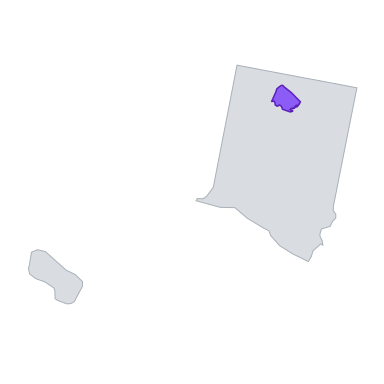 Mongomoyen, Wele-Nzás, Equatorial Guinea (highlighted), rotated 281°
{"feature_id": "11065452B2915005607236", "entity_name": "Mongomoyen", "entity_type": "district", "adm_level": 2, "iso_a3": "GNQ", "parent_name": "Equatorial Guinea", "parent_adm1": "Wele-Nzás", "projection": "robinson", "projection_center": [11.002, 1.641], "detail": "fine", "context": "in_parent", "style": "filled", "palette": "violet", "viewbox_px": 384, "rotation_deg": 281, "n_neighbors": 0, "source": "geoboundaries", "source_scale": "gbopen_adm2", "svg_char_len": 2671}
<svg xmlns="http://www.w3.org/2000/svg" viewBox="0 0 384 384"><g transform="rotate(281 192 192)"><path d="M325.1,212.0L325.2,236.2L325.3,256.7L325.4,278.8L325.6,301.8L325.7,321.4L325.7,334.0L306.8,333.9L281.8,333.8L256.7,333.7L231.6,333.6L219.0,333.6L205.2,333.5L200.7,334.2L197.6,337.4L193.9,338.1L189.7,335.4L184.5,334.1L183.1,331.3L180.5,326.2L175.3,325.6L172.7,326.2L169.0,329.1L164.8,330.6L165.6,328.3L157.3,322.0L151.4,321.4L145.9,319.4L150.4,303.0L155.9,288.5L164.2,277.5L168.6,274.9L170.1,269.5L176.6,251.6L184.8,237.1L182.3,222.4L184.2,197.7L186.6,198.4L186.9,200.7L187.5,204.2L190.6,207.2L200.7,212.0L230.9,212.0L248.9,212.0L275.5,212.0L303.7,212.0L325.1,212.0ZM86.1,45.9L88.4,46.3L102.2,45.9L105.9,51.4L105.5,59.5L91.3,83.3L88.6,93.3L83.1,101.7L78.4,102.4L62.0,97.4L59.3,94.4L58.3,90.4L59.9,80.9L61.1,78.0L68.9,76.2L71.5,74.7L75.7,64.5L77.1,55.2L80.6,48.2L86.1,45.9Z" fill="#d9dde1" stroke="#a8b0b8" stroke-width="1"/><path d="M296.2,252.9L296.1,253.0L296.9,255.3L296.5,255.5L296.0,255.8L295.0,256.6L293.3,257.1L293.0,258.2L292.5,258.8L292.6,259.0L292.7,259.7L293.2,260.4L293.4,260.7L294.1,261.0L294.0,261.6L293.9,262.1L293.6,262.6L293.2,263.2L292.8,263.6L292.3,264.0L291.7,264.3L291.3,264.6L290.7,264.9L290.5,265.1L289.3,273.1L289.5,273.3L289.6,273.5L289.8,273.5L290.0,273.5L290.2,273.8L290.0,274.0L289.9,274.0L289.9,274.5L290.0,274.6L290.1,274.8L290.3,275.0L290.4,275.3L290.5,275.3L290.8,275.3L291.0,275.1L291.3,275.0L291.3,274.9L291.4,274.6L291.4,274.3L291.4,274.0L291.4,273.9L291.4,273.7L291.5,273.5L291.7,273.3L291.7,273.2L291.7,272.8L291.8,272.9L291.9,273.0L292.1,273.1L292.5,273.3L292.8,273.2L292.9,273.3L293.0,273.6L293.2,273.9L293.3,274.1L293.3,274.7L293.3,274.9L293.3,275.0L293.5,275.2L293.4,275.4L293.3,275.5L293.5,275.8L293.7,276.0L293.8,276.0L293.7,276.2L293.7,276.3L293.7,276.5L293.8,276.6L294.2,276.6L294.3,276.5L294.3,276.4L294.5,276.4L294.7,276.5L294.8,276.6L295.0,276.9L295.1,277.0L295.0,277.3L295.2,277.6L295.2,277.8L295.3,277.9L295.6,278.0L296.0,277.8L296.2,277.6L296.3,277.5L296.3,277.3L296.3,277.2L296.5,277.3L296.4,277.6L296.0,277.9L295.7,278.3L295.6,278.5L295.7,278.8L295.9,279.2L296.0,279.2L296.3,279.2L296.5,279.1L296.8,278.9L297.1,278.8L296.9,279.2L296.9,279.3L297.0,279.6L297.1,279.8L297.3,279.9L297.5,279.9L297.7,280.0L298.0,280.1L298.3,280.2L298.4,280.3L298.5,280.5L299.0,280.5L299.1,280.4L299.3,280.5L299.5,280.7L299.6,280.8L300.0,280.6L300.3,280.8L300.6,280.9L300.9,281.1L301.2,281.2L308.5,270.6L311.1,265.6L311.2,265.4L312.7,262.5L313.4,261.6L313.6,261.3L313.9,260.8L313.9,260.1L313.7,259.4L313.2,258.9L312.4,258.1L311.4,257.1L309.2,255.5L306.6,255.3L296.2,252.9Z" fill="#8b5cf6" stroke="#5b21b6" stroke-width="1.5"/></g></svg>